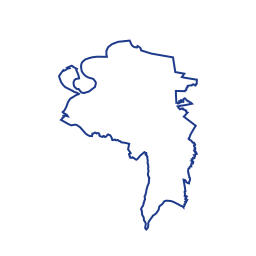 the district of Salsig, Maramures, Romania, rotated 206°
{"feature_id": "2599482B27757238737768", "entity_name": "Salsig", "entity_type": "district", "adm_level": 2, "iso_a3": "ROU", "parent_name": "Romania", "parent_adm1": "Maramures", "projection": "equal_earth", "projection_center": [23.276, 47.532], "detail": "fine", "context": "isolated", "style": "outline", "palette": "blue", "viewbox_px": 256, "rotation_deg": 206, "n_neighbors": 0, "source": "geoboundaries", "source_scale": "gbopen_adm2", "svg_char_len": 5683}
<svg xmlns="http://www.w3.org/2000/svg" viewBox="0 0 256 256"><g transform="rotate(206 128 128)"><path d="M164.8,207.3L174.7,201.1L179.1,196.4L181.3,191.9L181.2,187.9L179.7,184.7L178.2,182.7L187.3,178.4L191.1,175.9L194.0,173.4L196.4,170.9L197.4,168.8L198.0,167.1L198.0,165.4L197.5,163.5L197.1,162.5L194.6,158.9L193.1,157.9L191.0,156.8L188.4,156.1L185.9,156.0L180.7,156.9L179.4,156.3L177.2,155.1L176.4,153.9L175.7,150.4L179.2,143.5L181.5,141.5L182.7,140.2L184.9,139.6L186.2,139.8L189.5,141.4L190.9,140.6L191.4,140.7L193.9,141.5L194.8,142.0L196.3,143.9L196.9,145.1L197.1,146.0L197.1,147.7L196.4,149.1L193.7,151.2L195.3,153.3L196.3,154.3L200.0,157.5L199.8,158.7L204.1,158.9L204.9,159.3L205.9,159.3L208.7,156.0L207.9,156.1L207.0,155.9L208.4,154.8L209.8,152.5L210.9,151.2L211.5,151.5L212.5,146.5L212.7,144.4L211.9,143.4L208.0,139.7L204.9,138.1L202.3,137.2L193.7,137.1L192.2,136.8L189.7,137.3L187.0,137.1L187.1,136.8L187.7,136.3L189.3,134.5L190.7,132.1L192.5,129.4L192.7,129.0L193.1,126.9L193.2,124.1L192.7,120.2L192.8,115.9L193.5,114.3L193.7,114.0L193.7,113.6L192.5,113.3L189.0,113.1L187.9,112.6L187.2,112.1L189.5,111.7L191.5,110.7L191.3,110.4L190.4,110.2L190.7,109.1L191.3,108.3L191.2,107.6L191.8,105.9L183.3,105.4L180.2,105.5L176.9,107.9L175.1,108.2L171.5,107.7L163.3,104.3L161.0,104.0L159.2,104.0L158.1,104.3L156.8,105.0L157.5,107.3L157.0,107.4L155.8,109.2L155.5,109.5L155.0,109.6L153.9,109.3L152.8,110.3L152.0,110.4L150.8,109.7L150.6,108.9L150.3,108.6L149.4,108.4L147.0,108.8L146.9,109.0L146.7,109.8L146.4,110.2L145.9,110.2L145.4,109.8L144.6,109.9L143.7,111.1L143.6,112.3L143.1,113.5L142.1,113.4L141.0,113.7L139.3,112.7L138.1,111.8L137.2,110.5L136.7,110.3L136.3,110.4L134.9,111.8L134.5,111.9L133.8,111.6L132.8,112.1L132.1,112.7L131.2,112.6L130.4,112.3L128.9,112.7L128.1,112.2L127.8,112.2L123.4,113.6L120.0,114.3L118.6,108.9L114.6,106.6L115.7,105.0L115.3,104.5L114.3,103.9L113.9,102.9L112.8,102.3L112.3,102.7L111.4,102.9L111.1,103.7L110.9,103.7L106.7,103.1L106.1,104.0L105.5,105.8L105.1,108.0L102.7,113.5L101.0,113.3L100.6,113.5L100.3,113.2L100.2,112.9L100.5,112.9L100.8,112.5L100.7,112.0L100.5,111.7L100.0,111.8L99.5,111.7L99.2,111.3L98.8,111.2L98.6,110.9L98.0,110.7L97.5,109.5L95.9,107.3L95.0,104.9L93.9,104.1L93.8,103.6L92.4,101.5L92.4,100.9L92.1,100.3L91.4,99.1L90.9,98.8L90.3,97.0L90.0,95.4L89.0,93.9L88.2,93.6L87.7,92.7L87.0,92.5L86.8,92.1L86.8,91.3L86.0,90.1L85.9,89.1L85.2,87.9L85.1,87.2L85.2,86.9L85.0,85.5L85.1,84.8L84.6,82.2L84.4,80.7L83.4,77.8L83.4,76.6L83.1,76.0L82.9,75.1L83.2,73.9L81.4,71.4L81.5,69.9L81.1,69.1L81.2,67.7L80.7,66.9L80.8,66.3L80.6,65.8L80.5,65.2L80.4,64.5L80.7,63.4L80.8,61.8L80.7,60.8L80.4,60.4L79.5,60.0L79.1,59.0L78.6,58.6L78.3,58.1L77.3,56.3L76.4,55.6L75.7,55.3L74.4,54.1L73.1,51.9L71.7,51.3L70.3,50.1L69.8,49.3L68.9,45.9L68.0,45.1L67.1,44.8L66.6,46.3L66.5,47.4L67.2,49.8L67.9,50.8L68.3,52.6L68.3,53.2L67.8,55.6L67.8,56.6L67.2,59.0L67.3,59.9L65.8,62.4L65.2,63.9L64.7,67.3L64.7,68.2L65.3,70.6L65.4,71.5L63.9,74.4L63.6,75.6L63.4,77.5L63.2,78.1L61.7,79.5L57.9,81.0L56.2,81.4L53.4,81.5L48.3,81.4L47.8,81.2L44.6,81.4L43.4,81.0L43.6,81.4L43.3,82.4L43.4,83.8L43.7,84.0L43.4,84.3L43.7,84.7L43.6,85.6L43.3,86.2L44.0,86.9L44.3,87.0L43.9,87.7L43.7,87.7L43.3,87.7L43.3,88.9L43.6,88.7L43.9,88.9L43.9,89.1L44.2,89.3L44.5,89.7L44.8,89.3L45.3,89.2L45.6,89.8L45.8,91.5L45.7,91.8L45.1,92.1L45.1,92.3L45.9,92.3L46.9,91.7L47.2,91.7L48.0,94.0L49.1,95.2L49.2,95.9L48.7,96.3L49.6,97.8L55.4,105.9L53.8,106.2L53.4,105.7L52.6,105.6L52.2,105.1L51.9,104.9L50.0,104.7L49.7,104.9L48.9,105.0L49.4,106.4L49.4,107.8L49.9,109.5L50.5,110.2L51.4,110.5L51.5,111.2L52.5,112.3L53.2,112.8L53.6,113.3L53.6,113.8L53.8,114.1L54.8,114.9L55.1,115.5L55.8,117.7L55.8,118.0L55.2,118.7L55.5,119.6L55.4,120.2L55.0,120.9L54.4,121.2L54.8,121.6L54.7,122.2L55.1,122.6L55.1,122.8L55.2,123.1L55.3,123.8L54.8,124.1L55.2,124.3L55.2,124.7L54.7,124.9L55.2,125.4L54.4,125.8L54.5,126.1L54.8,126.1L55.1,126.3L56.1,126.3L55.8,126.6L55.9,126.8L56.5,126.7L56.5,127.0L56.2,127.2L56.9,127.8L56.3,128.1L56.3,128.7L55.8,129.3L56.2,129.7L55.2,130.0L55.1,130.3L55.5,131.1L55.4,131.9L56.0,132.6L56.4,132.3L56.7,132.5L55.7,133.1L55.8,133.9L55.2,134.5L56.2,134.8L56.3,134.9L55.4,135.0L55.3,135.3L55.9,135.6L56.1,135.7L56.6,136.3L57.4,136.3L58.3,136.5L58.0,136.9L58.1,137.5L58.8,137.6L59.0,138.1L58.4,138.6L58.4,138.8L59.0,139.0L59.0,139.7L60.4,140.4L60.6,140.5L60.7,141.2L61.0,141.4L60.3,142.2L60.4,142.6L61.3,143.1L61.6,143.2L62.1,143.7L62.4,143.6L62.6,143.4L63.2,143.4L63.6,143.2L64.2,143.7L65.2,144.2L68.6,144.6L68.9,145.2L68.8,145.5L68.5,145.7L68.9,148.7L68.9,150.6L68.6,154.4L68.6,155.1L68.1,159.7L82.8,162.7L81.2,168.0L82.7,168.0L83.3,168.5L83.3,168.9L83.4,169.2L84.7,169.0L85.3,169.2L85.9,168.9L86.4,168.9L86.6,169.0L86.9,169.5L87.3,169.6L87.7,168.9L88.8,168.8L89.1,167.9L89.5,167.6L90.4,168.0L91.2,168.1L92.0,168.8L92.8,169.2L89.4,171.8L88.6,172.2L85.9,174.2L81.1,177.9L82.3,178.3L83.4,178.3L85.7,178.6L85.9,178.4L86.3,178.6L86.9,178.5L90.0,179.6L90.7,178.6L90.8,177.9L90.2,176.6L89.7,176.0L89.7,175.8L90.2,175.6L92.1,176.4L92.6,176.4L92.7,176.0L92.5,175.6L91.3,175.1L91.3,174.7L91.7,174.4L93.2,174.8L93.6,174.7L93.8,174.4L93.6,174.0L92.7,173.1L92.9,172.5L93.8,171.9L95.1,172.3L95.6,171.9L99.5,178.9L101.2,182.3L93.1,186.0L93.2,186.5L92.4,187.5L92.3,188.0L92.8,188.8L93.0,189.3L92.3,190.6L92.9,191.5L92.9,192.0L90.2,193.9L89.4,194.2L89.1,195.3L88.6,195.8L87.9,196.0L86.9,195.6L86.0,195.7L85.9,195.8L86.1,197.2L85.6,197.8L87.3,201.6L99.2,198.0L101.9,197.4L101.2,201.5L110.0,199.0L118.5,211.2L139.7,205.1L150.2,203.5L151.0,204.5L152.0,205.3L154.0,205.8L155.2,205.8L155.4,205.8L155.3,204.3L155.4,204.2L157.9,203.5L159.6,203.7L160.4,203.9L161.6,204.6L164.8,207.3Z" fill="none" stroke="#1e3a8a" stroke-width="2"/></g></svg>